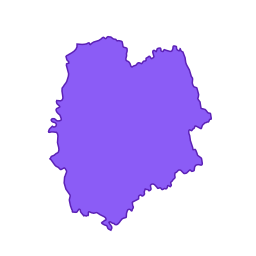 an SVG outline of Vinnytsya, rotated 75°
{"feature_id": "UKR-323", "entity_name": "Vinnytsya", "entity_type": "Region", "adm_level": 1, "iso_a3": "UKR", "parent_name": "Ukraine", "parent_adm1": "", "projection": "natural_earth1", "projection_center": [28.815, 48.941], "detail": "fine", "context": "isolated", "style": "filled", "palette": "violet", "viewbox_px": 256, "rotation_deg": 75, "n_neighbors": 0, "source": "natural_earth", "source_scale": "10m", "svg_char_len": 5804}
<svg xmlns="http://www.w3.org/2000/svg" viewBox="0 0 256 256"><g transform="rotate(75 128 128)"><path d="M51.5,171.3L50.1,170.7L50.0,168.4L48.5,168.2L46.7,169.3L45.8,169.4L42.9,169.4L42.3,168.6L40.8,162.8L39.8,160.1L38.4,157.9L36.5,156.3L33.7,155.5L35.4,150.7L35.8,148.5L36.0,146.4L35.6,144.6L35.6,143.8L35.8,143.5L36.1,143.3L37.3,143.3L37.6,143.0L37.7,142.7L36.9,141.4L36.5,140.2L36.1,139.0L35.9,133.6L35.0,130.8L34.2,129.4L34.0,128.4L34.4,127.8L35.4,127.2L35.7,126.8L35.9,126.4L35.7,125.8L34.8,124.6L34.6,123.8L34.7,123.3L35.1,122.6L35.7,121.0L38.2,119.1L39.2,116.9L40.5,116.3L41.0,115.9L41.1,114.8L41.4,113.9L42.3,112.2L43.1,111.4L44.7,111.4L48.1,111.7L48.7,111.4L50.1,109.1L50.6,108.6L51.1,108.4L52.7,108.7L53.8,109.1L55.6,110.2L58.0,110.7L60.0,111.9L60.8,112.2L62.0,112.3L62.7,111.9L64.0,110.4L64.6,110.0L66.2,109.4L68.9,109.2L69.7,108.9L70.0,108.5L70.1,108.2L69.5,106.4L69.5,105.3L69.4,104.3L69.0,103.4L68.0,102.3L67.7,101.2L67.8,100.5L68.4,99.5L69.0,98.9L69.3,98.4L69.3,98.1L68.8,97.3L67.8,96.2L67.5,95.6L67.7,93.9L67.5,93.3L67.0,92.9L65.8,92.7L65.3,92.4L65.1,91.8L64.9,90.8L64.3,89.6L64.2,89.0L64.3,88.7L64.6,88.4L67.0,87.5L67.1,86.9L66.7,85.7L66.3,84.9L65.8,84.5L61.5,84.5L60.7,84.3L60.0,83.9L59.8,83.6L59.7,83.0L59.8,82.6L60.2,82.1L61.4,81.2L61.5,81.0L61.1,80.6L59.1,79.3L58.8,78.3L58.9,77.0L59.3,76.0L60.4,75.8L61.4,76.2L61.8,76.2L62.3,75.9L62.9,75.1L63.1,74.6L63.1,74.2L61.9,73.1L61.7,72.7L61.8,72.4L62.6,71.4L64.7,67.9L65.1,66.7L64.9,65.8L64.1,64.9L63.0,64.1L61.3,63.5L60.7,63.0L60.6,62.5L60.7,62.1L61.5,60.6L62.0,60.2L64.0,60.5L65.1,60.3L66.2,59.3L66.6,58.7L66.6,58.3L66.5,58.1L64.9,57.1L65.0,57.0L66.6,56.9L67.6,56.6L68.8,55.3L75.0,54.7L79.7,55.3L82.0,55.1L87.8,53.7L94.5,53.5L96.5,52.8L97.7,53.0L101.0,54.2L102.4,54.3L103.9,54.1L105.0,53.8L105.5,53.3L106.8,51.4L107.0,51.2L107.8,51.1L113.9,51.1L114.5,51.3L116.3,52.1L117.5,53.0L118.9,52.7L121.5,51.7L127.1,52.3L127.8,52.3L128.3,51.8L129.1,50.3L130.1,48.7L131.3,48.0L133.5,47.1L134.3,46.5L135.0,44.9L135.3,44.7L135.8,44.6L140.2,45.1L140.9,45.4L141.0,45.7L140.8,46.4L140.9,46.8L141.3,47.3L142.5,48.2L143.0,49.0L142.7,49.8L143.0,51.0L143.0,52.4L143.2,52.8L144.3,54.9L144.9,55.6L147.3,57.2L147.5,57.6L147.4,57.9L144.1,61.4L143.5,62.5L143.6,62.9L145.2,64.0L145.5,64.4L145.9,65.7L146.9,66.9L147.0,67.4L146.8,67.7L145.8,68.8L145.7,69.1L146.0,69.6L146.7,70.1L148.8,70.6L151.4,70.4L156.3,71.0L163.7,70.6L165.5,70.8L165.8,70.7L166.1,68.7L166.7,68.4L167.5,68.2L170.5,67.9L171.7,67.9L172.3,67.8L173.0,67.4L175.7,65.2L176.4,64.9L178.1,65.0L181.5,65.4L182.5,65.9L182.8,66.6L182.7,67.2L181.6,69.4L181.4,70.9L181.5,71.9L182.0,72.7L182.9,73.7L186.1,75.1L186.3,75.4L186.5,76.5L186.4,77.6L185.9,78.1L184.9,78.5L184.7,78.8L184.6,79.4L186.4,82.6L186.7,83.3L186.7,84.4L186.6,85.2L186.3,85.8L182.6,87.9L182.2,88.4L181.9,89.1L181.8,90.2L183.2,92.5L183.4,93.0L183.4,93.7L183.6,94.1L184.0,94.4L185.8,95.1L187.7,95.3L188.4,95.7L189.6,97.8L190.9,99.4L191.5,100.7L191.7,100.9L192.2,101.0L194.2,100.9L194.9,101.2L195.6,102.4L194.0,104.0L194.0,104.6L195.7,105.5L196.5,106.4L196.6,106.8L196.6,107.2L195.9,108.3L195.9,108.6L196.4,110.5L196.3,110.9L196.1,111.2L194.4,112.0L194.1,112.4L194.0,112.9L194.1,114.3L194.0,114.8L193.8,115.0L192.5,115.5L189.5,117.1L188.7,118.1L188.5,118.6L188.4,119.2L188.5,120.2L189.1,121.0L189.7,121.3L192.7,121.5L193.3,121.8L193.8,122.5L194.1,123.7L194.0,124.1L192.9,124.5L192.6,124.9L192.1,126.1L191.4,127.0L191.4,127.3L192.9,128.1L193.9,128.9L195.4,129.0L196.1,129.2L197.0,130.2L197.4,131.3L197.4,131.7L197.3,132.1L196.2,132.8L195.9,133.2L196.1,134.4L196.5,135.1L197.0,135.5L199.1,136.0L199.4,136.8L200.6,142.3L201.0,143.1L203.8,143.5L205.7,143.3L206.1,143.5L206.6,143.7L207.6,144.8L208.7,145.4L209.0,145.7L209.0,146.0L208.9,146.2L207.4,146.9L206.9,147.6L206.8,148.5L207.0,149.4L207.9,150.2L210.2,151.6L213.3,152.6L213.8,152.9L213.9,153.2L214.0,156.1L214.3,157.2L215.7,159.3L216.9,160.7L218.0,162.4L218.4,163.6L218.4,164.0L218.3,164.7L217.8,165.6L217.3,166.0L216.6,166.2L216.1,167.4L215.7,167.9L214.1,169.3L213.9,170.3L214.0,170.6L214.2,170.8L215.1,170.7L218.4,169.5L219.5,169.3L220.6,169.6L222.3,171.0L220.6,172.9L219.7,173.4L217.3,173.7L216.8,173.9L215.6,175.7L214.1,177.3L213.3,177.9L212.8,178.0L212.3,177.3L211.8,175.5L211.2,174.8L211.2,174.4L211.3,173.7L211.2,173.4L210.9,173.0L209.8,172.8L208.8,173.0L207.6,173.9L204.4,177.5L201.9,179.7L201.5,180.5L201.5,182.1L201.4,183.3L200.4,185.2L199.0,186.9L198.8,187.4L199.0,187.9L199.3,188.1L201.9,188.9L202.2,189.2L201.9,190.0L202.2,190.8L202.2,191.1L201.2,192.7L201.4,193.4L197.3,195.3L196.0,195.5L194.9,195.3L194.1,195.7L193.8,196.1L193.8,196.4L193.9,196.7L195.7,198.8L196.0,199.3L196.0,199.7L195.9,200.3L194.8,203.3L194.4,203.4L193.1,203.1L192.1,203.4L188.2,203.7L182.9,203.4L182.0,203.2L178.7,201.4L177.6,201.4L170.9,203.8L164.5,203.9L159.1,202.0L158.6,201.7L157.9,201.0L156.7,200.3L154.9,198.9L153.8,198.5L153.3,198.5L150.7,199.3L150.2,199.7L150.1,200.0L150.2,200.7L150.8,203.2L150.7,203.8L150.5,204.1L148.0,205.5L146.3,207.4L144.8,208.3L138.9,210.5L137.6,211.4L137.2,210.8L136.0,209.8L135.6,209.3L135.2,206.4L134.1,204.1L133.7,202.2L133.2,201.5L131.3,200.4L128.8,200.0L123.9,199.9L117.5,197.7L115.3,197.6L113.7,198.2L112.4,201.4L111.9,203.3L111.9,204.8L111.6,205.6L110.9,205.7L109.5,204.8L108.7,204.1L106.7,200.6L107.9,199.5L107.9,198.1L107.3,196.9L106.2,196.3L104.6,196.5L103.7,197.5L102.9,198.9L101.8,199.9L100.4,200.2L99.6,199.4L99.5,198.2L99.9,196.9L101.0,195.8L102.0,195.3L102.8,194.5L103.3,192.6L103.2,190.9L102.4,190.2L101.2,190.1L98.0,190.4L95.7,191.9L94.2,192.6L92.6,192.9L91.4,192.6L90.7,191.6L90.4,189.9L89.9,188.4L88.8,188.6L86.6,190.1L85.5,190.4L84.0,190.3L83.0,189.7L84.3,186.2L84.0,184.6L82.8,183.4L81.4,182.9L75.2,182.2L72.4,181.3L70.8,179.2L70.3,178.8L68.1,176.0L67.0,175.0L62.6,172.2L60.2,171.3L51.5,171.3Z" fill="#8b5cf6" stroke="#5b21b6" stroke-width="1.5"/></g></svg>